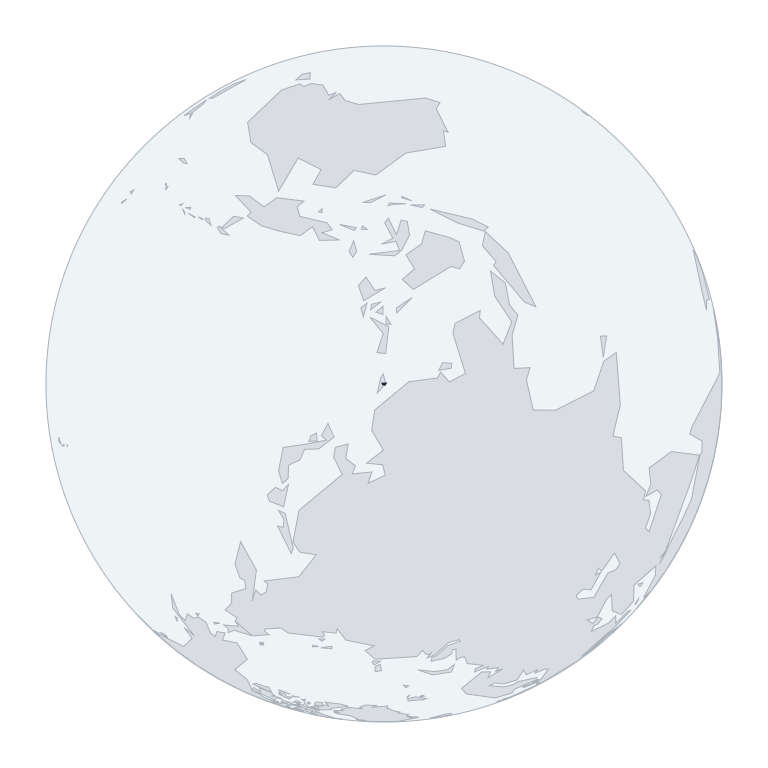 Yunlin highlighted on a globe, orthographic projection, rotated 186°
{"feature_id": "TWN-1176", "entity_name": "Yunlin", "entity_type": "County", "adm_level": 1, "iso_a3": "TWN", "parent_name": "Taiwan", "parent_adm1": "", "projection": "orthographic", "projection_center": [120.426, 23.673], "detail": "fine", "context": "on_globe", "style": "filled", "palette": "slate", "viewbox_px": 768, "rotation_deg": 186, "n_neighbors": 0, "source": "natural_earth", "source_scale": "10m", "svg_char_len": 11558}
<svg xmlns="http://www.w3.org/2000/svg" viewBox="0 0 768 768"><g transform="rotate(186 384 384)"><circle cx="384" cy="384" r="338" fill="#eef3f6" stroke="#a8b0b8"/><path d="M664.0,535.7L663.6,537.6L663.3,538.0L664.0,535.7ZM604.2,127.7L588.4,115.3L589.0,115.4L582.0,110.4L580.8,110.4L581.7,111.8L556.0,102.0L548.3,110.8L557.1,120.9L546.3,113.8L570.7,139.1L573.8,153.1L563.4,133.1L557.0,128.0L555.6,134.8L548.7,131.2L544.1,132.8L536.0,128.2L530.5,118.0L525.2,115.2L524.5,120.3L516.0,119.8L517.8,112.5L503.1,111.1L491.2,96.0L502.5,84.2L489.1,75.7L482.5,64.3L476.3,63.1L469.8,59.4L460.1,56.9L461.7,56.4L452.7,55.1L453.1,56.1L449.3,56.0L443.6,55.0L444.6,53.8L447.6,54.2L444.9,53.4L447.8,53.4L443.2,52.8L445.0,52.2L434.9,51.4L429.3,49.8L432.8,49.9L443.3,51.6L468.3,56.8L493.0,64.1L517.0,73.4L540.3,84.4L562.7,97.2L584.0,111.6L604.2,127.7ZM701.9,297.3L699.1,290.7L701.2,292.3L701.9,297.3ZM697.1,288.5L698.1,290.4L697.2,289.2L697.1,288.5ZM696.2,288.9L696.8,288.6L696.4,289.7L696.2,288.9ZM695.3,290.3L695.7,289.2L695.7,289.6L695.3,290.3ZM692.9,290.3L692.2,290.1L692.3,288.4L692.9,290.3ZM583.2,113.2L581.5,110.9L585.1,112.7L587.4,114.8L583.2,113.2ZM575.3,111.6L572.5,108.9L580.6,113.3L579.7,113.4L575.3,111.6ZM565.0,129.6L564.9,126.0L567.4,130.8L565.0,129.6ZM544.9,133.8L547.1,136.2L543.8,136.1L544.9,133.8ZM528.3,129.3L522.3,129.0L527.5,127.5L528.3,129.3ZM453.3,53.3L445.5,51.9L440.2,50.8L453.3,53.3ZM518.1,127.6L503.6,127.8L507.2,132.6L488.6,119.8L507.2,123.4L513.0,120.5L513.3,124.5L518.1,127.6ZM455.7,56.9L455.0,55.8L460.8,57.9L455.7,56.9ZM460.4,58.4L483.7,66.6L481.9,68.5L474.5,65.0L476.4,68.8L464.1,65.5L460.2,62.7L463.8,62.0L456.4,61.5L460.4,58.4ZM480.6,113.2L476.3,112.1L479.8,111.4L480.6,113.2ZM448.2,56.2L453.1,57.4L451.9,59.0L441.9,56.9L445.5,57.0L448.2,56.2ZM483.0,71.8L480.3,72.9L469.6,70.5L467.1,70.7L463.6,65.7L483.0,71.8ZM442.9,56.1L436.9,55.9L432.3,54.4L443.4,55.2L442.9,56.1ZM455.8,60.4L454.8,61.2L452.1,60.0L455.8,60.4ZM412.6,49.9L418.5,50.7L418.4,51.5L412.6,49.9ZM435.0,56.0L436.6,56.5L437.2,57.1L432.4,56.7L435.0,56.0ZM456.3,64.6L452.4,63.5L457.2,66.5L449.4,65.3L448.4,62.3L445.6,63.1L443.1,62.8L445.1,60.8L456.3,64.6ZM429.4,58.2L425.5,54.9L414.6,52.9L414.4,52.1L431.9,55.5L429.4,58.2ZM438.4,59.8L432.8,58.5L435.4,57.8L440.9,58.2L438.4,59.8ZM444.4,65.7L456.6,68.3L456.4,68.9L444.4,65.7ZM425.7,57.7L426.7,58.6L424.6,57.6L425.7,57.7ZM438.1,63.3L442.4,63.9L442.1,64.6L438.1,63.3ZM425.1,60.0L423.9,58.8L427.5,58.9L425.1,60.0ZM430.6,61.6L429.1,62.4L429.6,59.6L432.6,61.7L430.6,61.6ZM437.0,63.8L438.2,64.4L435.2,63.4L437.0,63.8ZM411.9,60.8L411.6,57.3L419.8,57.3L418.9,60.6L411.9,60.8ZM109.5,186.9L97.8,205.0L103.5,198.6L94.1,222.1L94.7,231.5L114.2,210.1L113.2,193.9L123.8,179.5L133.3,182.3L135.8,198.4L140.0,193.4L147.5,174.6L157.3,170.6L151.2,167.8L146.8,174.6L142.8,173.5L146.6,167.3L149.9,165.8L151.8,159.7L135.5,169.8L129.3,177.8L128.5,170.0L118.1,183.0L114.6,185.2L130.8,164.2L136.3,158.9L158.8,134.2L153.0,138.8L131.4,162.9L134.0,159.0L125.9,167.1L134.2,158.0L159.3,132.0L162.1,129.1L198.1,101.8L194.7,104.2L201.2,101.2L198.2,104.5L213.7,96.7L214.3,97.7L204.9,101.8L196.8,107.0L190.9,117.5L193.6,117.6L204.2,112.0L201.2,116.3L212.2,109.6L215.2,114.4L220.8,103.6L233.4,98.3L242.3,98.3L247.5,95.0L233.0,95.3L226.3,97.5L218.9,102.1L201.6,108.1L200.8,106.2L222.8,93.8L224.1,90.3L240.6,83.4L269.7,84.4L275.1,89.3L256.7,107.8L247.9,108.9L250.1,102.5L236.1,113.1L242.9,109.9L240.5,113.9L251.9,111.2L250.7,114.0L263.7,107.1L263.5,110.3L255.3,114.6L272.0,114.7L275.2,121.2L279.5,120.0L283.3,116.9L284.8,128.1L287.9,126.8L288.7,122.5L295.4,117.4L308.0,113.2L307.8,117.2L303.2,119.3L293.4,130.4L281.3,136.2L282.5,137.6L293.0,133.6L305.0,119.9L312.5,116.2L308.1,122.6L310.3,120.0L314.0,119.5L317.5,123.1L323.0,116.3L364.1,109.4L374.9,116.9L366.4,122.5L394.9,125.3L405.0,135.6L405.6,131.3L419.7,131.2L416.8,127.8L418.2,125.9L453.1,126.4L461.1,130.5L476.9,127.9L477.2,126.0L472.2,122.7L488.6,119.8L507.2,132.6L505.5,136.1L518.3,142.6L512.6,150.2L513.7,160.1L499.9,166.1L502.1,174.3L506.9,176.0L513.4,189.3L510.1,212.2L491.5,185.7L492.3,154.3L490.1,165.9L484.3,161.3L479.6,164.5L478.7,173.4L482.5,175.6L448.5,183.4L433.5,207.1L449.9,207.9L458.0,216.9L455.3,249.5L416.1,289.6L426.5,306.0L425.7,315.9L413.4,320.5L414.3,306.0L403.9,299.5L406.2,291.2L386.9,295.3L389.4,283.6L373.1,293.4L376.9,303.5L393.0,303.4L377.8,318.1L391.4,336.8L390.5,357.2L359.4,388.9L331.3,395.6L329.1,401.7L319.2,392.8L304.1,403.0L320.8,441.7L319.6,451.8L296.0,467.1L295.9,459.6L269.8,436.0L263.4,459.2L283.1,483.0L289.8,507.3L273.9,497.2L267.3,475.6L258.1,466.6L261.7,446.2L256.3,413.1L240.4,415.5L242.8,403.0L232.9,373.7L210.7,375.9L174.7,399.0L167.8,429.7L156.3,439.6L146.8,387.9L150.9,356.2L142.3,355.3L136.9,323.1L112.7,305.0L113.9,295.9L108.3,296.0L105.3,282.5L108.9,268.1L104.9,264.8L96.6,303.2L101.3,307.1L111.8,299.6L108.1,312.0L111.6,328.1L91.1,346.8L62.8,346.2L67.8,322.2L86.6,247.2L90.4,241.6L90.8,240.9L91.5,239.4L85.2,247.7L91.1,234.1L72.7,282.2L66.2,301.0L62.3,347.2L60.7,349.3L61.8,360.6L74.8,366.4L73.2,373.8L62.3,401.5L51.1,429.9L57.1,465.1L63.9,491.7L64.5,494.2L57.3,470.4L51.9,446.2L48.2,421.7L46.3,396.9L46.3,372.1L48.1,347.4L51.7,322.8L57.0,298.6L64.2,274.9L73.1,251.7L83.6,229.2L95.8,207.6L109.5,186.9ZM130.5,229.8L137.1,240.0L147.9,220.7L151.4,223.3L153.8,216.2L148.7,219.3L156.6,201.0L164.4,200.9L170.7,193.9L168.7,190.3L153.0,193.7L141.6,219.4L134.2,223.4L130.5,229.8ZM231.7,82.3L231.8,82.3L225.6,85.5L222.2,87.3L231.7,82.3ZM215.9,90.9L218.1,89.8L238.8,79.4L237.2,80.8L234.6,81.6L231.5,83.6L226.4,85.6L204.6,98.2L199.1,101.4L203.9,98.1L215.9,90.9ZM294.5,58.6L303.5,56.4L288.4,62.0L281.8,63.6L285.2,61.3L295.1,58.2L294.5,58.6ZM418.9,48.1L423.4,48.5L423.1,48.6L419.1,48.3L418.9,48.1ZM402.9,46.6L404.0,46.7L403.6,46.6L418.3,47.8L413.5,47.5L414.0,47.7L422.1,49.4L439.1,52.7L436.5,53.7L430.2,53.5L425.7,52.9L428.8,52.2L420.6,51.9L421.6,50.6L415.4,50.2L399.5,46.9L403.7,47.0L389.3,46.1L391.0,46.2L402.9,46.6ZM369.0,46.4L371.2,46.4L366.5,47.3L374.0,46.8L373.9,47.3L368.0,47.5L377.1,47.6L375.4,48.2L382.5,50.4L396.6,51.3L399.6,52.6L393.2,52.6L400.6,53.9L390.6,55.0L392.5,56.1L384.6,58.7L371.3,58.8L374.4,60.1L368.5,62.8L357.2,63.6L362.7,61.1L346.4,64.2L347.3,61.2L345.4,61.8L341.7,60.1L334.0,59.4L336.0,58.1L332.1,58.5L329.6,57.8L325.0,58.0L326.9,56.0L321.4,56.3L325.5,55.3L315.4,56.5L323.8,54.8L321.4,54.4L314.5,56.2L336.5,49.4L336.9,49.4L369.0,46.4ZM409.3,61.4L393.1,61.1L385.7,59.7L402.7,55.9L402.3,54.7L412.9,53.2L423.4,55.6L419.4,55.7L418.0,56.4L415.3,55.4L416.4,56.8L410.9,57.2L410.3,58.6L405.2,58.0L409.3,61.4ZM131.0,160.2L129.0,162.6L127.5,165.1L122.4,170.6L131.0,160.2ZM147.3,142.9L147.8,142.3L147.0,143.2L139.0,151.2L139.3,150.9L147.3,142.9ZM153.4,137.3L147.6,142.6L151.9,138.5L153.4,137.3ZM204.9,102.6L204.9,103.6L202.2,105.3L199.1,106.5L204.9,102.6ZM309.0,75.6L313.3,73.5L314.9,73.8L327.0,71.2L327.2,73.7L320.0,76.2L309.0,75.6ZM110.2,211.5L106.0,213.4L107.7,209.6L108.8,209.6L110.2,211.5ZM111.5,190.5L108.0,198.2L110.1,191.9L111.5,190.5ZM311.2,77.8L316.2,76.4L313.3,78.6L311.2,77.8ZM328.0,75.5L325.7,77.9L328.6,73.8L328.0,75.5ZM209.2,672.1L216.2,676.3L212.8,674.6L209.2,672.1ZM77.7,510.2L90.5,549.8L86.3,543.7L78.6,528.1L69.2,502.0L71.7,501.0L71.1,491.3L77.7,510.2ZM375.5,569.1L386.0,571.2L385.7,572.5L375.5,569.1ZM364.5,563.5L376.4,564.9L362.5,566.3L364.5,563.5ZM381.1,565.5L393.2,563.7L398.5,561.8L397.6,564.6L381.1,565.5ZM356.5,562.8L313.5,557.3L296.8,551.0L300.6,546.5L327.6,551.8L356.5,562.8ZM299.2,546.2L274.0,527.2L241.1,476.7L252.8,480.1L287.5,513.5L285.3,517.6L300.6,531.8L299.2,546.2ZM361.2,527.4L358.9,540.6L335.0,536.8L324.2,533.2L316.8,514.7L320.9,506.4L329.7,507.9L364.7,481.1L376.7,489.9L365.7,501.8L375.6,514.7L361.2,527.4ZM168.7,433.2L173.7,454.1L167.6,455.1L168.7,433.2ZM379.7,460.7L365.0,473.0L378.7,456.0L379.7,460.7ZM388.3,444.1L388.8,451.2L383.4,443.9L388.3,444.1ZM327.9,411.4L318.6,411.7L318.8,406.7L330.9,403.4L327.9,411.4ZM389.7,374.4L388.1,389.2L385.8,394.0L382.3,384.7L389.7,374.4ZM320.4,103.2L303.3,103.3L291.2,106.4L284.7,112.3L286.6,104.7L305.3,99.8L320.4,103.2ZM358.7,107.9L364.3,103.7L366.8,106.1L365.9,107.5L358.7,107.9ZM358.6,104.9L356.3,98.8L362.7,96.9L363.3,102.0L358.6,104.9ZM333.0,86.5L328.0,86.2L330.5,84.2L333.0,86.5ZM584.2,650.4L587.4,649.9L577.7,657.8L564.6,666.7L552.9,672.4L584.2,650.4ZM489.9,685.9L489.5,679.6L503.4,677.2L497.7,683.6L489.9,685.9ZM593.3,643.3L602.0,634.9L605.3,627.1L604.2,633.3L611.0,630.0L590.2,648.2L593.3,643.3ZM438.5,659.3L372.4,672.8L357.7,669.7L360.9,663.4L346.6,641.1L351.3,642.0L347.6,626.8L386.4,616.0L414.0,591.0L436.2,593.3L452.5,574.0L475.5,575.2L468.9,590.6L493.0,599.8L508.9,564.8L523.9,599.9L541.6,610.3L547.0,630.0L516.4,665.8L498.6,673.7L495.0,671.4L487.7,675.2L476.0,674.9L469.2,665.4L461.9,668.9L468.8,660.8L458.4,668.2L452.1,661.8L438.5,659.3ZM602.8,582.6L606.3,582.7L611.7,586.9L606.2,587.4L602.8,582.6ZM655.2,546.5L656.7,548.5L653.1,550.8L655.2,546.5ZM663.3,538.0L659.1,541.2L664.0,535.7L663.3,538.0ZM620.9,558.1L622.6,559.8L621.2,560.9L620.9,558.1ZM619.5,557.7L621.6,553.7L621.3,557.3L619.5,557.7ZM603.0,542.3L605.0,539.9L606.0,541.2L603.0,542.3ZM401.6,572.4L416.2,563.0L424.2,562.4L401.6,572.4ZM599.9,538.8L594.6,539.5L595.1,537.4L599.9,538.8ZM600.2,534.1L599.6,531.4L602.9,537.3L600.2,534.1ZM590.0,529.6L596.5,533.5L589.3,530.3L590.0,529.6ZM586.2,530.9L581.6,529.4L581.9,528.4L586.2,530.9ZM534.0,540.8L551.4,556.0L537.5,556.9L521.9,547.6L510.0,558.1L482.8,557.5L488.9,551.2L485.2,541.9L457.3,538.3L451.7,532.0L461.5,527.9L443.2,522.6L463.2,520.1L471.5,533.0L482.8,522.9L502.6,524.9L522.0,528.4L537.7,536.8L534.0,540.8ZM463.5,548.2L467.0,548.2L463.9,552.0L463.5,548.2ZM572.6,523.6L579.4,528.9L578.6,530.5L575.3,530.0L572.6,523.6ZM541.3,534.3L558.1,522.4L562.1,522.1L551.0,535.1L541.3,534.3ZM554.0,515.9L561.9,516.6L566.1,522.1L564.4,523.9L554.0,515.9ZM422.6,535.5L421.9,539.0L416.7,536.0L422.6,535.5ZM429.3,533.6L444.9,538.0L427.9,536.6L429.3,533.6ZM382.6,518.4L387.0,527.2L401.2,522.8L390.4,529.9L400.1,544.3L396.9,549.3L387.2,533.7L384.0,548.9L377.8,548.1L374.2,534.6L380.5,518.8L386.7,512.6L412.4,511.5L382.6,518.4ZM429.1,523.3L425.0,513.2L428.1,506.7L432.6,512.1L429.1,523.3ZM413.1,488.4L402.6,476.0L392.7,479.8L412.9,464.7L419.7,479.1L413.1,488.4ZM404.6,462.0L395.4,465.4L405.1,456.5L404.6,462.0ZM393.1,461.3L392.4,453.0L399.6,454.6L393.1,461.3ZM409.4,462.7L411.6,448.8L415.0,457.3L409.4,462.7ZM390.1,434.2L405.0,449.0L385.2,441.6L385.6,414.4L394.2,414.5L390.1,434.2ZM446.0,328.2L444.6,320.4L452.7,319.1L451.3,324.8L446.0,328.2ZM477.7,310.3L454.4,316.3L435.4,322.2L440.8,326.1L435.6,338.9L428.1,326.1L442.1,312.6L456.3,310.7L459.4,300.0L470.4,293.3L469.5,279.9L474.6,274.5L479.8,286.4L477.7,310.3ZM468.5,274.3L470.9,251.4L485.7,255.5L488.5,261.4L481.2,269.9L473.8,267.2L468.5,274.3ZM475.8,247.4L468.7,244.8L457.2,211.4L458.5,205.6L475.0,231.7L469.2,230.9L469.4,238.8L475.8,247.4ZM477.1,114.3L476.4,112.3L479.7,114.2L477.1,114.3ZM416.2,124.1L418.6,121.8L422.4,123.7L416.2,124.1ZM427.5,116.8L421.5,116.1L427.9,115.1L427.5,116.8ZM408.1,115.3L419.2,115.0L408.5,117.8L408.1,115.3Z" fill="#d9dde1" stroke="#a8b0b8" stroke-width="1"/><path d="M382.4,384.9L382.5,384.8L382.5,384.5L382.5,384.2L382.6,383.8L382.6,383.6L382.7,383.4L382.8,383.2L383.0,383.1L383.6,383.1L383.8,383.1L384.2,383.2L384.6,383.2L384.8,383.4L385.2,383.4L385.2,383.5L385.2,383.8L385.2,384.0L385.2,384.3L385.3,384.3L385.5,384.3L385.7,384.5L385.4,384.6L385.2,384.6L385.1,384.4L384.9,384.5L384.6,384.4L384.4,384.2L384.2,384.2L384.0,384.3L383.8,384.3L383.5,384.5L383.4,384.6L383.2,384.7L383.0,384.8L382.9,385.0L382.6,384.9L382.4,384.9L382.4,384.9Z" fill="#64748b" stroke="#1e293b" stroke-width="1.5"/></g></svg>